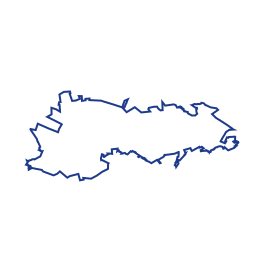 the district of Cuencamé, Durango, Mexico, rotated 260°
{"feature_id": "50627088B82922113569023", "entity_name": "Cuencamé", "entity_type": "district", "adm_level": 2, "iso_a3": "MEX", "parent_name": "Mexico", "parent_adm1": "Durango", "projection": "equal_earth", "projection_center": [-103.787, 24.653], "detail": "fine", "context": "isolated", "style": "outline", "palette": "blue", "viewbox_px": 256, "rotation_deg": 260, "n_neighbors": 0, "source": "geoboundaries", "source_scale": "gbopen_adm2", "svg_char_len": 5518}
<svg xmlns="http://www.w3.org/2000/svg" viewBox="0 0 256 256"><g transform="rotate(260 128 128)"><path d="M153.9,117.3L158.3,108.6L159.6,106.3L162.2,94.8L163.7,95.2L164.1,91.2L162.7,91.0L162.7,87.4L167.4,88.0L168.0,85.1L165.1,85.7L164.1,81.5L164.4,77.7L171.9,76.5L172.1,77.3L174.0,77.2L174.7,71.1L172.9,66.3L165.2,66.1L165.3,64.6L162.9,63.7L162.6,64.6L155.9,63.9L158.9,60.4L161.2,56.1L154.7,55.1L153.0,50.4L143.8,62.7L143.1,63.4L139.0,59.9L136.0,58.4L141.4,49.6L147.9,39.9L142.0,36.7L143.9,31.9L143.4,31.7L133.4,36.2L130.1,36.7L130.1,36.9L124.7,38.3L124.2,37.7L124.1,37.3L122.8,36.9L122.4,37.4L121.9,37.3L121.2,37.9L121.2,37.2L120.0,38.7L120.0,39.7L115.3,36.7L113.3,30.6L113.6,30.3L113.8,28.2L113.5,27.7L113.3,27.0L113.2,26.5L113.2,25.8L113.1,25.5L113.2,25.2L112.8,24.9L112.8,24.7L112.8,24.1L112.7,23.9L113.4,22.8L113.5,22.7L113.4,22.7L112.2,23.5L110.5,22.1L110.4,22.0L110.3,21.9L110.2,22.0L110.1,21.9L110.1,22.0L110.0,21.9L109.8,22.0L109.6,21.8L109.3,22.0L109.2,21.9L108.9,22.6L108.8,23.4L108.3,23.3L107.8,23.3L107.8,23.5L107.7,23.6L107.7,24.0L107.5,24.6L107.6,24.9L107.5,25.2L107.5,25.3L107.0,25.4L106.8,24.2L106.5,23.9L106.5,23.4L106.2,23.3L106.3,23.6L106.2,24.2L106.3,24.5L106.4,25.1L105.9,25.2L105.3,24.2L105.1,23.6L104.7,23.2L104.2,23.1L105.3,26.5L104.4,28.7L101.7,35.8L99.9,36.9L94.3,46.5L95.2,50.3L97.1,53.4L89.6,59.6L90.7,62.3L91.4,71.1L84.8,71.7L84.9,75.4L86.6,75.3L84.5,82.9L86.6,89.2L89.3,94.9L91.2,101.2L95.9,102.1L96.2,102.3L96.5,102.3L96.7,102.6L101.0,96.8L100.9,96.0L102.6,96.0L106.7,97.8L106.6,98.1L105.7,99.3L105.2,99.1L104.8,99.0L103.9,99.1L103.7,99.2L103.6,99.3L103.7,99.8L104.0,100.3L104.2,100.9L104.8,101.6L104.9,101.9L105.2,103.2L105.5,104.0L106.4,103.6L105.9,106.0L105.3,107.9L109.8,108.3L109.5,114.2L107.1,113.4L107.5,114.1L107.6,114.6L107.6,114.9L107.4,114.9L107.2,115.1L106.6,115.0L106.2,115.2L106.0,115.4L105.8,115.9L105.9,116.1L105.7,116.6L105.4,116.9L105.1,116.9L104.8,117.4L104.6,117.5L104.4,117.4L103.9,117.0L103.8,118.5L104.1,120.5L102.6,121.8L102.1,123.0L104.7,126.7L103.9,127.6L104.6,128.5L103.0,130.2L103.3,130.6L102.8,131.1L102.5,130.7L98.9,134.5L98.5,134.1L97.9,133.1L97.6,133.4L97.4,133.6L98.4,135.0L96.5,137.1L96.1,136.6L95.7,137.1L96.0,137.6L95.3,138.3L95.7,138.7L95.2,139.3L94.7,138.4L94.4,138.9L93.7,139.4L93.9,139.9L93.2,140.7L92.9,140.7L92.6,140.4L91.0,143.0L89.3,144.9L91.6,151.1L87.7,153.3L87.9,154.0L91.3,152.1L93.5,158.1L93.9,158.3L94.1,158.6L94.2,158.9L94.3,159.0L94.5,159.0L94.5,159.3L94.9,159.6L95.1,159.6L95.0,160.0L94.8,163.6L94.6,169.5L95.6,173.6L95.5,173.8L90.9,172.7L90.9,171.7L86.8,169.9L85.8,168.9L85.4,169.4L83.5,167.6L81.5,168.7L81.3,168.7L84.2,171.5L88.1,171.6L87.1,173.3L91.6,179.2L91.7,178.9L91.9,179.0L91.9,179.5L93.6,180.8L93.5,180.1L96.6,179.5L97.3,186.0L94.9,186.6L94.3,186.9L97.0,194.9L96.3,195.0L96.7,197.4L94.9,199.0L93.7,195.8L92.5,195.7L92.3,199.6L92.2,199.6L92.1,200.0L92.6,200.8L92.1,201.2L92.3,201.6L91.8,202.1L91.4,202.8L91.0,203.0L90.8,202.8L90.5,203.0L90.5,203.3L90.5,203.5L90.3,203.9L90.2,204.1L89.9,204.1L90.3,204.5L90.0,204.5L90.2,204.9L90.1,205.0L90.2,205.3L90.5,205.3L91.0,205.6L91.5,206.2L91.4,206.3L91.5,206.6L92.0,207.3L92.0,207.8L91.8,208.2L91.8,208.4L92.0,208.6L92.0,209.0L92.3,209.4L92.8,209.4L93.0,209.8L93.1,210.3L93.4,210.5L93.5,210.7L93.6,211.3L93.6,211.5L93.7,212.0L93.6,212.3L93.9,213.0L94.0,213.6L94.1,213.9L94.0,214.4L94.1,214.9L94.0,215.7L93.9,216.1L93.6,216.4L93.5,216.9L93.0,217.7L92.3,218.1L91.4,218.1L91.1,218.2L91.1,218.4L91.0,218.6L92.4,219.7L88.6,222.8L90.0,229.3L90.7,230.3L90.9,230.0L91.2,229.6L91.2,229.4L91.3,228.8L91.5,230.4L91.3,231.2L91.6,231.7L92.0,230.9L92.6,231.1L92.9,231.4L93.1,231.8L93.2,232.4L93.4,232.7L93.5,232.7L93.7,233.1L94.0,233.3L94.2,233.8L94.6,234.2L95.1,234.1L95.1,233.7L95.7,233.1L96.2,232.8L96.3,232.6L96.0,231.9L95.3,231.7L95.1,230.4L95.6,230.3L95.7,230.2L95.7,229.7L96.2,229.4L96.3,229.8L96.3,229.6L96.5,229.6L96.9,231.2L100.8,232.0L100.9,231.8L101.6,225.6L101.0,225.1L101.6,223.9L98.3,221.5L97.8,222.4L96.1,220.9L98.7,216.9L101.8,219.3L104.3,221.6L107.0,223.8L108.7,227.7L108.5,227.9L108.1,231.8L109.4,230.0L109.7,230.2L114.5,225.4L122.7,216.4L127.1,213.2L130.2,219.8L132.0,218.6L134.0,212.9L137.3,208.3L137.2,208.1L138.4,207.5L139.0,207.1L139.3,206.6L139.4,206.4L139.5,206.2L139.7,205.9L139.8,205.7L139.8,205.8L139.8,205.5L139.9,205.2L139.9,204.9L139.7,204.7L139.8,204.6L139.6,204.5L139.4,204.0L139.4,203.6L139.2,203.3L139.2,202.9L139.1,202.7L139.2,202.4L139.2,202.2L139.3,202.0L139.3,201.8L139.4,200.9L139.6,200.7L139.6,200.4L139.5,200.1L139.4,199.9L139.5,199.3L139.7,198.9L139.8,198.4L140.0,198.0L140.1,197.7L140.0,197.2L139.9,196.9L139.8,196.3L139.6,196.1L139.6,195.9L139.6,195.6L139.4,195.4L139.4,194.9L136.2,198.1L135.9,199.4L135.0,199.3L135.0,198.7L134.1,198.3L131.6,198.2L130.0,198.6L128.7,196.3L129.2,193.1L132.1,189.5L133.4,189.6L134.6,186.4L135.0,186.6L135.2,186.1L135.4,186.1L135.6,186.1L136.1,185.8L136.3,185.9L136.6,185.3L136.9,185.6L137.2,185.0L137.5,185.1L137.9,184.5L138.0,184.8L138.4,184.2L138.6,184.4L139.0,183.8L139.2,184.0L139.6,183.5L139.8,183.7L140.0,183.4L139.8,183.2L140.0,182.9L139.6,182.5L139.8,182.2L139.6,182.0L139.8,181.7L139.5,181.5L139.7,181.2L139.7,180.7L139.7,180.2L139.6,179.9L142.3,178.9L143.3,177.1L143.6,168.5L147.7,166.3L139.6,165.2L139.7,163.1L140.7,162.1L142.2,161.0L144.0,160.3L144.4,157.1L144.2,152.0L143.1,151.3L140.4,152.7L141.0,143.8L147.3,138.3L143.8,129.4L148.3,126.5L148.8,127.8L149.1,128.2L152.6,130.4L152.9,130.8L154.5,131.6L156.3,132.8L155.4,129.3L149.3,125.9L153.9,117.3Z" fill="none" stroke="#1e3a8a" stroke-width="2"/></g></svg>